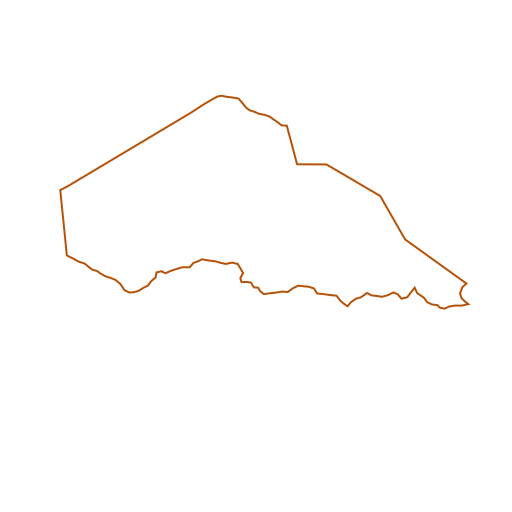 the district of Santa Terezinha do Tocantins, Tocantins, Brazil, rotated 43°
{"feature_id": "56859067B31738575780904", "entity_name": "Santa Terezinha do Tocantins", "entity_type": "district", "adm_level": 2, "iso_a3": "BRA", "parent_name": "Brazil", "parent_adm1": "Tocantins", "projection": "natural_earth1", "projection_center": [-47.719, -6.486], "detail": "fine", "context": "isolated", "style": "outline", "palette": "amber", "viewbox_px": 512, "rotation_deg": 43, "n_neighbors": 0, "source": "geoboundaries", "source_scale": "gbopen_adm2", "svg_char_len": 1602}
<svg xmlns="http://www.w3.org/2000/svg" viewBox="0 0 512 512"><g transform="rotate(43 256 256)"><path d="M444.1,146.4L439.3,146.8L435.0,146.6L430.7,144.2L428.2,138.0L428.7,132.6L353.7,142.2L305.9,127.4L245.1,141.0L223.5,160.9L189.7,139.7L185.5,143.0L180.6,143.4L175.5,144.2L171.0,144.7L166.2,146.8L161.3,149.9L156.1,151.8L151.9,153.8L147.0,154.3L142.2,153.4L135.8,152.8L130.9,156.0L126.2,159.4L121.3,162.5L118.8,166.1L115.6,176.5L113.9,182.6L110.9,194.7L108.3,203.8L72.5,327.2L71.2,331.9L67.9,341.3L117.3,384.6L123.3,382.8L130.0,381.1L135.8,378.4L140.8,378.1L145.6,377.7L149.9,375.4L155.1,374.7L159.8,373.5L164.4,371.3L169.6,369.3L175.9,369.0L183.1,370.7L188.4,369.0L191.7,365.4L194.0,361.2L195.3,356.2L197.2,351.1L196.5,345.9L197.2,340.2L194.5,335.8L197.2,331.7L201.6,330.3L203.5,325.7L206.3,320.4L209.7,314.6L215.2,309.5L215.0,303.7L217.1,299.6L218.8,295.2L223.9,291.9L230.0,287.5L234.9,285.1L239.4,282.3L243.0,277.2L247.9,274.3L252.1,275.4L258.1,277.2L259.6,282.8L263.2,285.0L266.6,281.6L270.4,278.9L275.9,280.4L279.1,277.7L282.9,278.9L287.6,278.6L291.0,274.5L295.0,269.8L299.5,264.1L303.8,260.7L304.9,254.8L307.0,249.0L311.8,245.4L315.6,242.5L320.5,240.2L326.3,241.7L331.8,237.5L337.1,233.8L342.0,230.1L348.4,231.2L353.3,230.9L357.3,230.3L356.9,225.7L358.2,219.1L360.9,214.6L362.4,207.3L367.5,205.9L371.6,202.8L376.0,199.9L379.4,194.2L381.3,189.0L385.8,187.3L391.5,188.0L394.7,183.1L394.1,177.0L393.7,171.0L399.1,173.2L407.2,172.0L412.9,173.0L418.0,171.3L422.1,168.3L426.1,168.3L429.9,165.8L431.8,161.1L435.2,156.7L440.3,152.0L444.1,146.4Z" fill="none" stroke="#b45309" stroke-width="2"/></g></svg>